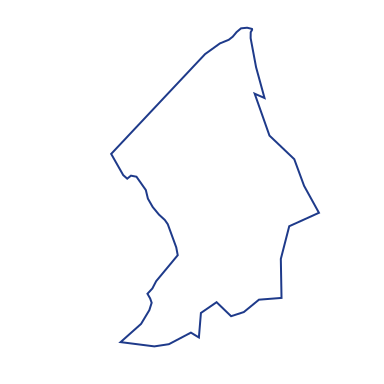 an SVG outline of Dundagas, rotated 342°
{"feature_id": "LVA-5721", "entity_name": "Dundagas", "entity_type": "Municipality", "adm_level": 1, "iso_a3": "LVA", "parent_name": "Latvia", "parent_adm1": "", "projection": "orthographic", "projection_center": [22.37, 57.579], "detail": "fine", "context": "isolated", "style": "outline", "palette": "blue", "viewbox_px": 384, "rotation_deg": 342, "n_neighbors": 0, "source": "natural_earth", "source_scale": "10m", "svg_char_len": 777}
<svg xmlns="http://www.w3.org/2000/svg" viewBox="0 0 384 384"><g transform="rotate(342 192 192)"><path d="M126.9,130.8L247.0,64.9L264.5,59.3L274.0,58.6L278.7,56.9L283.8,53.7L289.2,51.5L295.2,52.8L299.4,55.4L299.3,56.3L297.2,58.2L295.3,63.8L291.5,93.1L290.0,125.0L282.0,117.9L283.1,162.3L299.4,192.4L300.5,220.8L306.3,251.0L273.9,254.6L255.8,283.1L244.4,320.4L222.4,315.1L204.2,322.2L190.8,322.2L181.3,304.4L163.1,309.8L153.6,332.5L147.5,325.4L123.0,329.6L108.5,327.2L77.7,312.7L102.8,301.7L114.9,291.2L119.4,284.9L119.3,280.3L118.2,275.0L124.5,271.5L130.4,265.7L158.9,247.7L159.9,239.8L159.0,215.1L157.5,210.2L153.6,203.3L150.0,194.2L148.0,184.7L148.7,175.9L143.9,160.3L139.0,157.6L134.5,159.3L131.8,154.7L126.9,130.8Z" fill="none" stroke="#1e3a8a" stroke-width="2"/></g></svg>